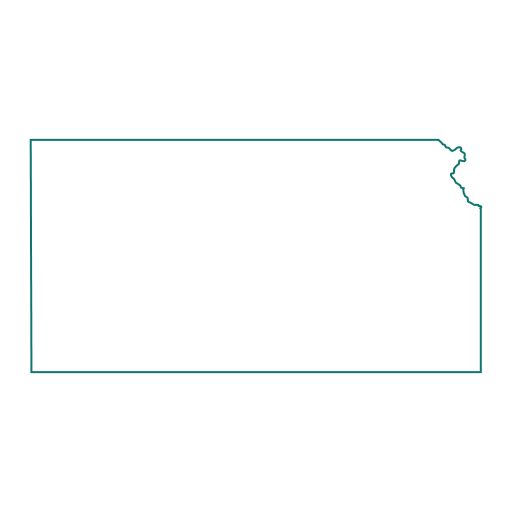 Kansas, Mercator projection
{"feature_id": "USA-3530", "entity_name": "Kansas", "entity_type": "State", "adm_level": 1, "iso_a3": "USA", "parent_name": "United States of America", "parent_adm1": "", "projection": "mercator", "projection_center": [-97.125, 38.5], "detail": "fine", "context": "isolated", "style": "outline", "palette": "teal", "viewbox_px": 512, "rotation_deg": 0, "n_neighbors": 0, "source": "natural_earth", "source_scale": "10m", "svg_char_len": 2592}
<svg xmlns="http://www.w3.org/2000/svg" viewBox="0 0 512 512"><path d="M31.4,372.1L31.4,365.0L31.4,357.9L31.4,350.7L31.3,343.6L31.3,336.4L31.3,329.3L31.3,322.1L31.3,314.9L31.2,307.8L31.2,300.6L31.2,293.4L31.2,286.2L31.1,278.9L31.1,271.7L31.1,264.5L31.1,257.2L31.0,250.0L31.0,242.7L31.0,235.4L31.0,228.1L31.0,220.8L30.9,213.5L30.9,206.2L30.9,198.9L30.9,191.5L30.9,184.2L30.8,176.8L30.8,169.5L30.8,162.1L30.8,154.7L30.7,147.3L30.7,139.9L45.0,139.9L57.7,139.9L70.4,139.9L83.1,139.9L95.8,139.9L108.5,139.9L121.2,139.9L133.9,139.9L146.6,139.9L159.3,139.9L172.0,139.9L184.6,139.9L197.3,139.9L210.0,139.9L222.7,139.9L235.4,139.9L248.1,139.9L260.8,139.9L273.5,139.9L286.2,139.9L298.9,139.9L311.6,139.9L324.3,139.9L336.9,139.9L349.6,139.9L362.3,139.9L375.0,139.9L387.7,139.9L400.4,139.9L413.1,139.9L425.8,139.9L438.5,139.9L441.9,143.1L442.7,144.3L443.4,144.5L444.2,144.6L444.7,144.9L445.1,145.6L445.3,146.2L445.6,146.8L446.1,147.3L446.7,147.5L447.9,147.6L448.6,147.9L449.3,148.4L450.9,150.3L452.2,150.9L453.6,150.5L454.9,149.7L456.7,148.1L457.6,147.6L458.6,147.3L460.0,147.3L460.8,147.7L461.2,148.6L461.2,149.7L460.7,150.5L461.6,151.6L464.3,153.2L464.8,154.0L464.8,154.9L464.5,156.4L464.4,157.3L464.6,158.3L465.1,158.8L465.4,159.4L465.3,160.3L464.3,161.2L463.0,161.1L460.0,160.3L459.5,160.5L459.2,161.2L459.0,162.0L458.9,163.9L458.5,164.4L458.0,164.6L457.3,165.1L455.4,167.0L454.4,168.4L454.0,169.7L454.1,171.4L454.0,172.3L453.8,173.0L453.1,173.4L451.5,173.5L451.1,173.7L451.0,175.3L451.7,176.9L452.8,178.1L453.8,178.6L454.2,179.2L455.5,182.0L456.1,182.9L456.6,183.2L457.7,183.7L460.3,185.6L460.5,186.0L460.8,187.3L461.1,187.7L463.8,188.3L463.2,189.7L463.7,192.8L465.0,196.0L467.1,197.4L467.7,198.1L467.8,199.8L468.0,201.4L469.2,202.2L470.4,202.6L473.1,204.3L474.4,204.9L476.3,204.8L477.2,204.9L477.8,204.9L478.1,204.9L478.4,205.1L478.5,205.8L478.7,206.0L480.2,206.1L481.2,206.5L481.3,207.1L480.4,208.1L480.5,208.2L480.5,208.4L480.6,208.7L480.8,208.8L480.8,209.3L480.8,215.0L480.8,225.0L480.8,234.9L480.8,244.8L480.8,254.7L480.8,264.6L480.8,274.4L480.8,284.3L480.8,294.1L480.8,303.9L480.8,313.7L480.8,323.5L480.8,333.2L480.8,343.0L480.8,352.7L480.8,362.4L480.8,372.1L466.8,372.1L452.8,372.1L438.8,372.1L424.9,372.1L410.9,372.1L396.9,372.1L382.9,372.1L368.9,372.1L354.9,372.1L340.9,372.1L326.9,372.1L312.9,372.1L298.9,372.1L284.9,372.1L270.9,372.1L256.9,372.1L242.9,372.1L229.0,372.1L215.0,372.1L201.0,372.1L187.0,372.1L173.0,372.1L159.0,372.1L145.0,372.1L131.0,372.1L117.0,372.1L103.0,372.1L89.0,372.1L75.0,372.1L61.0,372.1L47.0,372.1L31.4,372.1Z" fill="none" stroke="#0f766e" stroke-width="2"/></svg>